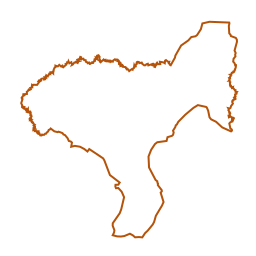 Phang Khon, Sakon Nakhon, Thailand (Albers equal-area conic projection), rotated 2°
{"feature_id": "78962969B14140185659984", "entity_name": "Phang Khon", "entity_type": "district", "adm_level": 2, "iso_a3": "THA", "parent_name": "Thailand", "parent_adm1": "Sakon Nakhon", "projection": "albers", "projection_center": [103.735, 17.372], "detail": "fine", "context": "isolated", "style": "outline", "palette": "amber", "viewbox_px": 256, "rotation_deg": 2, "n_neighbors": 0, "source": "geoboundaries", "source_scale": "gbopen_adm2", "svg_char_len": 5631}
<svg xmlns="http://www.w3.org/2000/svg" viewBox="0 0 256 256"><g transform="rotate(2 128 128)"><path d="M233.9,38.0L233.7,35.9L232.6,34.2L227.6,32.5L227.3,31.4L225.9,29.9L225.2,22.4L225.7,20.1L225.5,19.1L205.7,19.0L198.7,20.9L197.4,26.7L193.8,32.7L192.2,34.0L188.1,34.9L185.2,38.4L178.2,43.7L172.8,54.0L172.5,56.0L168.5,63.8L167.6,63.3L167.2,62.3L166.5,61.9L166.9,60.4L165.8,60.5L163.6,58.8L162.7,59.4L162.5,62.0L161.1,61.2L157.6,60.7L158.0,63.0L156.6,63.2L155.6,62.8L154.8,61.7L154.0,62.8L154.3,63.8L153.6,64.3L152.9,66.1L152.3,65.9L152.7,64.7L151.4,64.6L151.9,63.5L151.2,62.9L150.6,63.0L150.9,63.7L149.8,64.3L148.9,63.7L146.1,64.7L145.6,63.1L144.2,63.6L143.2,64.7L142.0,64.8L139.3,62.8L140.2,61.9L137.1,62.8L136.6,61.7L135.4,61.5L134.7,61.8L134.9,62.6L134.2,63.0L134.4,63.9L133.3,64.9L133.6,66.2L132.8,66.5L132.1,65.1L131.8,67.9L130.9,68.4L130.6,69.6L129.6,69.1L127.2,71.1L126.1,69.4L125.5,69.5L124.9,68.7L124.6,69.2L123.9,68.4L123.4,67.2L120.7,67.0L120.8,66.0L120.1,65.1L119.7,65.2L119.7,66.1L118.7,66.3L119.1,65.5L118.1,65.6L117.7,65.1L118.5,63.8L118.1,62.9L117.7,62.8L116.7,63.6L116.6,61.7L115.6,61.6L116.1,60.9L115.2,60.0L114.0,60.0L113.5,60.6L112.5,59.8L110.9,61.0L110.5,62.2L109.6,61.8L108.6,62.5L108.1,61.3L107.1,61.3L106.7,62.3L105.4,61.1L104.7,61.2L104.7,62.1L103.7,62.1L102.6,61.7L102.8,60.7L101.6,61.0L101.2,60.4L98.3,63.3L97.5,62.6L97.4,61.6L96.5,61.2L97.6,60.9L96.7,58.8L97.2,58.0L96.0,56.3L94.6,56.8L94.8,57.5L94.1,58.0L94.6,58.5L94.6,59.9L94.1,60.0L94.4,59.5L93.5,59.0L93.9,60.2L92.2,60.4L92.1,61.0L92.7,60.9L92.6,62.0L92.1,61.9L91.0,63.7L90.4,63.6L90.6,64.2L88.1,64.6L88.0,65.2L87.4,65.3L86.7,63.9L85.4,64.6L84.9,63.7L83.6,63.3L83.3,61.7L81.8,61.7L81.0,60.3L78.8,60.7L78.7,58.9L77.8,58.6L77.5,59.3L78.2,60.9L77.1,60.6L74.8,61.6L75.0,62.6L75.5,61.7L76.0,61.6L76.0,62.4L76.8,62.8L76.3,62.9L75.4,64.8L73.5,63.8L73.2,64.4L72.1,64.4L70.6,66.5L69.7,67.0L70.1,65.8L69.1,65.0L69.0,64.3L67.1,65.4L66.2,63.5L66.0,64.4L64.9,64.4L64.8,65.3L63.8,66.0L65.1,66.6L64.4,66.5L61.1,69.6L60.4,69.1L60.7,68.5L60.2,67.9L59.0,68.9L57.1,67.3L55.7,68.9L53.3,68.2L53.4,69.8L52.6,70.1L51.7,72.2L51.7,73.5L51.1,74.0L52.2,74.3L51.2,74.5L51.3,76.0L50.3,75.1L48.7,75.0L48.9,75.8L48.1,76.0L48.3,76.8L47.3,76.6L46.7,78.3L45.9,78.9L45.3,78.6L45.6,79.3L44.7,79.3L44.6,78.5L44.0,78.8L43.8,79.7L44.2,80.6L42.8,80.3L43.4,82.2L42.4,82.5L42.1,81.5L40.4,81.6L39.6,82.1L39.3,82.8L39.6,83.6L38.9,84.1L38.5,83.3L38.0,83.9L37.4,83.6L36.8,84.5L37.5,84.7L37.4,85.5L35.6,88.1L32.0,88.1L31.4,88.9L30.6,88.3L30.4,90.1L30.8,90.8L28.9,91.4L29.5,92.7L28.3,93.4L27.4,93.0L26.6,94.6L25.6,95.3L25.8,97.5L24.1,97.7L23.6,98.6L22.9,97.8L22.2,97.9L22.2,99.4L20.8,101.2L21.4,101.8L20.9,102.5L21.5,103.1L20.4,106.9L21.4,108.9L21.4,110.9L23.0,112.0L23.2,111.4L22.5,110.3L23.9,110.7L23.7,111.5L25.1,113.4L25.9,112.6L26.5,113.7L27.3,112.5L27.4,114.6L26.3,114.8L26.2,115.4L27.5,115.8L28.0,114.6L29.1,116.0L29.3,115.1L29.8,115.0L30.2,116.0L29.3,116.3L30.1,117.0L29.9,118.4L30.9,118.6L31.2,119.9L30.4,120.5L30.7,121.4L30.0,121.2L29.4,122.2L30.2,122.5L29.8,123.7L31.4,123.6L31.0,124.2L31.3,125.0L32.0,125.2L31.9,125.8L32.7,126.4L33.1,126.2L33.4,127.1L34.7,128.0L33.7,128.9L35.0,129.8L35.0,131.3L34.3,131.4L34.3,130.8L33.6,131.0L33.5,133.1L34.0,132.8L34.7,134.1L35.5,133.6L35.3,134.3L36.0,134.2L36.7,135.0L37.1,134.6L37.6,134.9L37.6,134.4L38.8,134.4L38.8,135.6L38.0,136.6L38.6,137.0L39.7,136.5L40.5,138.4L41.7,138.5L42.3,138.2L42.4,137.6L44.3,137.8L45.5,136.5L46.4,136.5L47.2,135.1L48.2,134.4L48.8,132.7L50.0,132.2L50.7,131.2L54.5,133.9L57.9,134.6L58.5,134.1L60.1,134.5L62.7,135.4L63.7,136.7L65.3,137.3L68.0,140.3L69.3,143.0L71.3,143.5L72.5,144.5L71.9,148.7L75.5,147.7L80.7,148.4L85.0,150.5L88.3,152.9L90.0,150.4L104.2,159.2L105.5,161.2L111.6,175.7L121.6,182.8L120.3,185.0L117.5,185.2L117.4,186.9L118.1,188.6L120.4,188.3L123.9,191.9L126.5,197.3L124.1,209.4L122.7,213.5L116.1,223.7L116.1,226.2L118.0,230.7L117.7,232.9L116.5,235.7L121.0,236.7L124.8,236.7L128.1,236.1L133.6,233.6L136.6,235.1L138.9,237.0L142.7,236.6L146.1,236.8L148.7,232.5L151.2,230.0L156.1,223.6L157.4,220.9L158.9,214.8L164.7,204.3L166.1,200.7L162.9,191.5L164.0,190.1L163.9,189.0L159.8,184.0L159.9,182.4L159.4,181.9L159.1,180.2L157.4,179.0L150.4,166.7L149.5,155.8L151.9,149.0L155.5,143.1L157.8,141.2L167.0,139.6L167.8,135.8L172.2,134.3L173.3,133.2L173.8,130.8L173.1,129.1L175.3,125.3L175.6,123.7L176.7,122.8L178.0,120.1L184.8,112.7L192.7,105.6L197.0,102.7L205.3,104.2L206.0,104.7L207.5,107.9L209.1,114.5L210.7,116.4L215.8,118.7L222.1,124.1L231.1,127.8L232.0,127.0L231.8,125.9L230.3,124.8L229.1,119.9L230.1,118.7L231.3,118.1L231.5,116.9L232.3,117.5L233.5,114.5L232.6,114.0L231.6,115.0L231.5,113.8L229.9,113.0L228.5,113.8L228.2,112.6L229.4,112.9L229.7,112.4L228.9,111.3L229.6,110.2L228.9,109.6L229.2,109.0L228.6,108.9L228.5,107.8L227.7,106.7L228.1,105.7L227.5,104.7L228.9,105.0L229.7,104.4L230.2,102.5L232.0,99.9L231.2,98.3L231.4,97.2L231.9,97.1L231.9,96.5L232.8,95.7L233.3,95.9L234.4,95.2L234.1,94.4L233.0,93.8L233.3,93.4L234.1,93.8L233.9,93.0L234.4,92.4L233.9,91.9L233.8,90.7L235.3,89.9L235.2,88.8L235.6,88.2L234.2,88.1L234.1,86.4L233.4,86.4L231.8,84.4L231.0,84.5L231.3,83.5L230.6,83.8L230.6,83.4L229.0,83.0L228.8,82.5L229.3,82.6L229.4,82.0L228.5,81.2L228.3,79.8L228.6,78.7L228.1,78.5L227.9,76.9L227.4,77.0L227.9,76.4L227.5,75.6L228.1,75.0L227.5,74.4L228.2,74.1L228.3,72.9L228.8,72.6L228.9,71.4L228.6,71.2L229.4,71.1L229.3,70.5L229.8,69.2L230.7,69.1L231.1,68.2L231.7,68.5L232.3,67.9L232.3,66.8L233.0,66.1L232.8,65.5L233.5,64.1L233.7,62.0L233.1,61.8L233.4,61.1L232.8,60.9L232.1,59.3L230.8,58.0L231.1,55.1L232.9,52.6L232.5,51.1L233.0,49.3L231.8,46.9L233.9,38.0Z" fill="none" stroke="#b45309" stroke-width="2"/></g></svg>